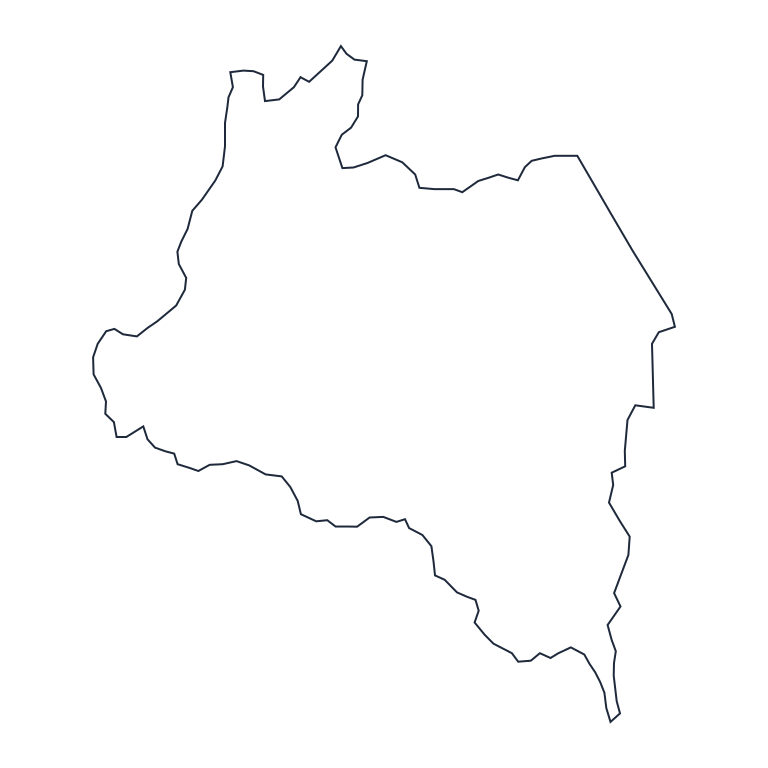 Divinolândia, São Paulo, Brazil (Robinson projection)
{"feature_id": "56859067B36914756997745", "entity_name": "Divinolândia", "entity_type": "district", "adm_level": 2, "iso_a3": "BRA", "parent_name": "Brazil", "parent_adm1": "São Paulo", "projection": "robinson", "projection_center": [-46.706, -21.669], "detail": "fine", "context": "isolated", "style": "outline", "palette": "slate", "viewbox_px": 768, "rotation_deg": 0, "n_neighbors": 0, "source": "geoboundaries", "source_scale": "gbopen_adm2", "svg_char_len": 1989}
<svg xmlns="http://www.w3.org/2000/svg" viewBox="0 0 768 768"><path d="M653.7,407.8L652.0,343.8L658.8,332.2L674.9,326.8L671.7,314.0L632.6,250.7L611.1,214.0L599.4,193.8L577.3,155.8L554.7,155.8L541.4,158.5L531.7,160.8L524.9,167.1L517.9,180.3L508.6,177.8L498.2,174.5L488.5,177.8L478.2,181.0L470.0,186.8L462.3,192.2L453.8,189.1L434.1,189.1L419.4,187.8L415.2,174.5L402.3,162.3L385.6,155.2L367.7,162.9L353.5,167.5L342.4,168.1L335.5,147.3L341.8,134.7L351.1,127.6L358.0,116.4L358.1,104.4L362.3,95.3L362.6,79.7L366.8,61.2L354.4,59.6L346.5,53.8L340.9,46.1L332.3,60.6L319.4,72.4L309.1,81.8L300.5,77.2L293.9,87.2L279.2,99.4L265.0,101.1L263.0,86.5L263.2,74.9L253.5,71.2L243.4,70.6L230.3,72.2L232.9,87.2L228.5,97.3L227.3,107.5L225.0,122.9L225.0,146.3L222.6,166.4L215.3,180.5L202.0,199.6L192.3,210.8L187.6,228.9L181.2,241.8L177.4,251.7L178.8,264.0L186.2,277.9L184.9,289.7L176.2,305.5L164.1,315.6L157.1,321.4L147.6,327.9L136.9,336.4L123.0,334.3L114.4,328.9L106.2,331.2L97.7,343.8L93.1,357.3L93.6,374.4L101.0,388.0L106.0,401.5L105.3,413.8L113.9,422.1L116.6,437.0L126.3,437.0L143.3,426.4L147.5,439.3L155.0,447.6L165.4,451.3L174.2,453.6L177.6,464.2L189.5,467.9L198.3,471.0L209.7,464.8L222.7,464.2L236.5,461.1L249.2,465.4L265.6,474.4L281.7,476.4L290.3,487.0L297.7,500.9L300.9,514.2L316.2,521.3L327.3,520.2L335.5,526.5L347.0,526.5L357.1,526.7L369.6,517.5L383.3,516.9L396.4,521.9L405.0,519.2L409.1,528.1L422.4,535.0L431.4,546.2L433.5,561.3L435.0,575.4L444.7,579.8L457.0,592.4L467.1,596.8L475.5,599.9L478.7,610.7L474.6,622.5L484.7,634.8L493.5,643.7L511.9,653.2L518.2,661.7L530.8,660.7L539.9,653.2L550.5,658.0L558.4,653.2L570.8,647.4L584.3,654.5L589.6,664.0L595.2,672.3L600.2,682.1L604.4,692.7L606.3,708.0L610.5,721.9L620.0,713.4L616.7,701.2L613.7,675.6L614.0,663.0L615.8,651.2L611.7,640.0L607.6,625.0L620.5,606.5L614.1,593.1L628.4,554.9L629.7,536.6L620.0,521.3L609.0,502.6L613.2,485.0L611.7,472.7L625.2,466.3L624.8,450.9L627.5,420.0L635.3,405.3L653.7,407.8Z" fill="none" stroke="#1e293b" stroke-width="2"/></svg>